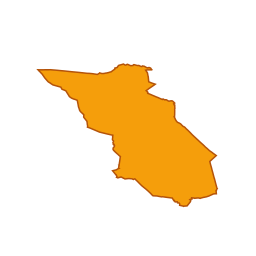 outline of Bērzaines pag., Kocenu, Latvia, rotated 13°
{"feature_id": "27541924B68382909431902", "entity_name": "Bērzaines pag.", "entity_type": "district", "adm_level": 2, "iso_a3": "LVA", "parent_name": "Latvia", "parent_adm1": "Kocenu", "projection": "equal_earth", "projection_center": [25.199, 57.625], "detail": "fine", "context": "isolated", "style": "filled", "palette": "amber", "viewbox_px": 256, "rotation_deg": 13, "n_neighbors": 0, "source": "geoboundaries", "source_scale": "gbopen_adm2", "svg_char_len": 5201}
<svg xmlns="http://www.w3.org/2000/svg" viewBox="0 0 256 256"><g transform="rotate(13 128 128)"><path d="M130.1,64.2L129.8,64.2L128.1,64.3L127.8,64.9L127.0,65.1L126.3,65.0L125.6,64.9L125.3,64.8L124.5,64.6L124.3,64.7L123.2,65.0L121.8,65.0L119.8,64.9L119.6,64.9L119.3,65.0L119.1,65.2L119.0,65.4L118.8,66.0L118.4,66.1L117.9,66.3L117.3,66.5L116.7,66.6L116.4,66.7L113.6,66.1L113.1,66.1L112.9,66.1L111.9,67.0L111.4,67.3L110.9,67.3L109.2,66.7L106.5,68.2L105.3,68.8L104.9,69.1L104.7,69.2L103.8,71.4L103.8,71.5L102.8,72.0L102.7,72.1L101.7,72.6L102.0,73.4L101.9,73.5L101.2,74.4L101.0,74.7L100.2,75.5L99.0,77.0L98.2,77.4L96.3,78.5L94.6,79.3L93.7,79.6L92.3,80.3L91.5,80.5L90.4,80.8L90.2,80.8L89.8,80.8L88.1,80.7L88.1,80.8L86.1,82.7L80.8,83.1L77.9,83.5L75.9,83.9L67.5,84.9L63.0,85.5L61.6,85.7L52.7,86.8L49.9,87.2L46.0,87.7L39.1,88.7L37.2,89.2L34.5,89.8L31.9,90.5L29.2,91.1L27.2,91.5L28.3,92.3L29.8,93.2L31.1,94.1L32.5,95.0L33.4,95.9L34.8,97.1L35.2,97.6L38.5,100.0L39.5,100.7L39.8,100.9L40.0,101.0L41.1,101.4L41.5,101.5L42.2,101.7L42.2,101.8L43.2,102.2L44.1,102.5L45.1,102.9L53.4,103.3L54.0,104.0L54.4,104.6L55.0,105.1L56.4,105.3L57.7,105.5L58.1,105.6L59.0,105.7L60.9,107.6L62.3,109.0L63.4,110.1L63.5,110.3L63.9,110.5L64.0,110.7L66.3,111.6L68.5,112.0L70.3,112.1L70.9,112.2L71.6,112.3L71.9,112.3L72.2,112.4L72.7,113.2L73.1,114.2L73.9,115.9L74.2,116.7L74.5,117.3L74.8,118.1L75.2,118.9L75.6,119.5L76.2,120.3L76.6,120.9L76.5,121.1L76.7,121.4L77.1,121.8L77.8,122.6L81.9,125.0L82.0,125.1L82.2,126.4L82.3,126.9L82.3,127.2L82.6,127.6L83.6,128.4L85.6,130.0L86.2,130.5L86.5,130.7L87.2,132.6L87.6,133.8L88.1,134.8L88.3,135.7L88.3,136.3L90.3,136.5L96.1,137.5L101.1,138.4L108.2,138.5L111.6,138.5L113.7,138.5L114.8,138.4L115.0,139.2L114.9,139.7L115.2,140.6L115.3,141.8L115.3,142.4L115.7,143.2L116.7,143.7L116.9,144.4L116.6,145.6L116.8,146.1L117.9,147.0L117.5,147.3L118.9,148.4L118.7,149.5L118.5,149.9L118.0,150.9L118.3,152.3L118.9,152.9L120.4,153.9L123.2,155.5L123.7,155.7L125.0,156.5L126.3,157.2L127.0,157.5L127.0,158.1L127.2,160.1L127.6,165.3L127.7,166.2L127.5,166.3L127.7,166.5L127.7,167.4L127.8,169.3L128.1,169.4L127.9,169.5L126.3,171.1L126.1,171.3L125.4,171.7L124.8,172.0L122.6,173.1L126.6,176.2L126.8,176.2L126.8,176.3L128.2,177.7L127.9,178.6L129.4,178.9L130.1,178.4L131.9,177.5L132.0,177.4L132.5,177.3L134.4,177.8L135.0,178.0L135.4,178.0L136.3,178.3L136.6,178.3L138.5,177.6L140.0,177.1L141.2,176.9L142.0,176.8L143.5,176.6L143.9,176.7L144.1,176.8L144.5,176.9L144.8,176.9L145.0,176.9L145.2,176.6L145.6,176.3L146.1,176.0L146.3,176.1L147.0,176.6L148.4,177.4L149.7,178.2L151.4,179.3L154.3,181.1L156.7,182.3L159.0,183.4L161.8,184.9L164.0,186.2L165.6,187.2L165.8,187.4L166.8,188.0L167.4,188.3L167.5,188.4L168.4,188.3L170.5,187.9L171.7,187.7L171.8,187.7L172.0,187.7L172.7,187.7L173.4,187.7L175.0,187.6L175.9,187.6L176.0,187.6L176.6,187.4L177.0,187.3L177.1,187.2L182.0,186.8L182.6,186.7L182.8,186.7L186.9,186.3L189.0,188.5L189.5,188.2L189.9,188.9L190.4,189.1L190.6,189.4L192.6,188.8L193.1,189.8L194.6,189.6L195.3,190.1L195.6,191.0L195.7,191.7L199.5,191.7L199.6,191.8L199.7,191.7L203.1,190.6L205.2,186.2L205.4,185.6L205.4,185.0L205.4,184.9L205.4,184.4L204.4,183.8L204.7,183.6L205.1,183.3L205.6,183.1L206.3,182.8L205.8,181.7L208.6,181.4L208.7,181.5L210.1,181.0L212.2,180.3L214.2,180.3L214.4,180.1L215.1,179.7L217.4,178.5L217.5,178.5L219.9,177.4L222.4,175.9L222.8,175.5L223.1,175.3L226.3,172.9L228.9,172.2L228.0,169.6L228.1,169.4L227.9,169.3L228.5,167.0L228.4,167.0L226.2,162.9L223.5,157.7L223.4,157.7L221.4,153.9L220.3,151.8L219.2,149.8L218.1,147.6L216.9,145.5L215.2,142.2L217.0,139.6L220.2,135.0L216.4,133.4L215.4,132.9L212.6,131.8L211.5,131.2L209.6,130.1L207.4,129.0L207.3,128.9L206.1,128.1L205.3,127.7L205.1,127.5L203.4,126.6L201.6,125.6L198.5,123.8L197.6,123.3L196.4,122.6L195.4,122.0L195.0,121.8L194.4,121.5L194.0,121.2L192.4,120.3L191.0,119.4L190.3,118.9L187.6,117.2L186.6,116.6L186.3,116.4L185.8,116.2L185.4,115.9L185.1,115.8L184.5,115.4L183.8,114.9L183.6,114.7L182.9,114.4L182.5,114.3L182.2,114.1L181.6,114.1L181.0,113.9L180.6,113.6L180.1,113.3L179.7,113.1L179.4,112.8L179.1,112.6L178.2,112.1L176.6,111.6L174.9,111.3L173.4,110.2L172.2,108.9L172.0,108.6L170.8,107.1L171.0,107.1L170.7,106.1L170.6,105.4L170.5,104.7L170.0,102.4L169.5,100.1L169.3,99.5L169.2,99.0L169.2,98.8L169.3,98.5L168.8,96.9L168.5,95.6L168.3,95.5L168.4,95.3L168.4,95.1L167.9,94.9L167.6,94.8L167.5,94.6L167.4,94.3L167.1,94.1L167.9,93.2L166.8,92.5L166.1,92.1L165.5,91.8L164.7,91.6L163.7,91.9L162.8,92.2L162.1,92.6L161.9,92.7L160.9,92.5L159.8,92.1L158.9,91.9L157.9,92.1L157.5,92.3L157.3,92.3L155.8,91.9L155.8,92.0L155.3,92.4L155.1,92.5L154.1,92.3L151.9,91.9L150.5,91.6L148.9,91.4L147.7,91.2L146.2,90.9L144.8,90.7L143.8,90.5L142.2,90.2L141.4,90.1L139.9,89.8L139.5,89.8L139.5,89.6L139.2,89.2L139.3,88.7L137.3,87.5L138.7,85.9L139.8,84.5L139.9,84.4L140.0,84.4L142.3,81.9L143.3,80.8L143.6,80.5L144.7,79.2L141.8,78.9L140.8,78.8L137.8,78.3L137.0,75.9L136.2,73.5L135.7,72.6L134.6,70.0L133.4,68.8L132.2,67.7L133.3,67.2L134.2,66.9L136.8,66.3L138.0,66.0L138.1,65.9L137.8,65.7L137.5,65.5L137.2,65.3L137.1,65.0L136.9,64.8L136.5,64.5L134.9,64.3L134.3,64.6L133.7,65.0L132.2,64.9L131.7,64.7L130.3,64.3L130.1,64.2Z" fill="#f59e0b" stroke="#b45309" stroke-width="1.5"/></g></svg>